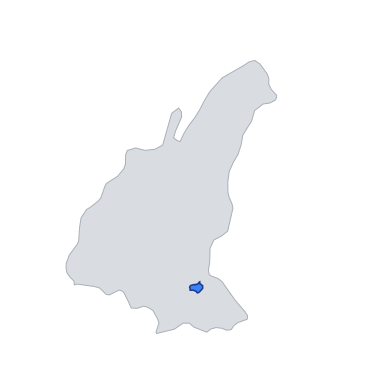 Cristobal, Independencia, Dominican Republic shown in context, rotated 290°
{"feature_id": "3306468B18266835565764", "entity_name": "Cristobal", "entity_type": "district", "adm_level": 2, "iso_a3": "DOM", "parent_name": "Dominican Republic", "parent_adm1": "Independencia", "projection": "mercator", "projection_center": [-71.278, 18.34], "detail": "fine", "context": "in_parent", "style": "filled", "palette": "blue", "viewbox_px": 384, "rotation_deg": 290, "n_neighbors": 0, "source": "geoboundaries", "source_scale": "gbopen_adm2", "svg_char_len": 3267}
<svg xmlns="http://www.w3.org/2000/svg" viewBox="0 0 384 384"><g transform="rotate(290 192 192)"><path d="M65.3,253.8L65.7,240.0L67.8,234.4L65.8,228.6L57.0,222.3L51.7,214.3L46.9,207.1L48.0,206.1L57.5,205.8L60.9,203.1L67.3,195.8L68.6,189.9L68.1,185.5L63.9,180.2L62.2,174.5L67.4,169.6L74.1,162.5L75.1,159.7L74.9,157.0L67.0,149.5L66.5,146.2L70.2,138.0L69.8,132.6L66.2,115.6L64.4,113.1L67.9,111.7L70.2,106.6L73.3,102.1L77.4,99.7L82.0,98.2L91.2,98.3L103.9,102.2L107.5,102.2L119.7,98.6L129.8,96.6L139.4,98.9L143.2,101.9L151.1,106.8L155.0,108.3L167.5,108.2L170.9,108.7L181.3,116.7L190.1,119.9L195.2,120.0L204.3,116.9L208.9,117.0L214.1,123.9L215.1,133.7L219.5,142.6L226.1,148.4L259.0,146.0L266.3,150.7L263.8,154.5L259.1,156.6L243.5,155.7L236.7,156.1L235.3,160.0L235.3,163.6L244.4,164.4L253.4,166.2L262.5,169.1L271.8,171.1L282.2,172.4L292.5,174.4L309.7,181.4L328.7,197.4L333.7,201.0L337.1,206.0L335.5,212.1L328.7,222.2L324.9,225.4L319.3,227.4L315.4,231.5L311.8,238.5L309.5,239.1L306.8,238.8L302.3,234.8L299.0,228.7L289.9,223.0L279.0,223.7L263.0,220.3L253.3,222.0L243.5,222.4L233.6,220.6L223.6,220.0L213.7,222.2L204.0,225.9L200.4,228.2L194.2,233.9L190.9,236.0L167.4,238.9L160.6,234.7L154.4,229.0L145.3,228.2L132.2,232.6L124.0,234.2L120.7,236.2L119.7,238.3L119.6,246.3L117.8,251.2L105.0,269.6L97.8,282.5L94.8,286.5L91.4,287.4L85.1,279.9L81.1,277.2L76.1,275.9L74.0,271.9L74.1,266.3L72.8,260.9L69.7,256.6L65.3,253.8Z" fill="#d9dde1" stroke="#a8b0b8" stroke-width="1"/><path d="M99.1,223.8L99.1,224.0L99.2,224.3L99.3,224.4L99.3,224.6L99.5,225.0L99.5,225.3L99.6,225.5L99.8,225.9L99.9,226.1L100.0,226.4L100.0,226.7L100.0,226.8L100.2,227.1L100.2,227.3L100.2,227.6L100.2,228.2L100.2,228.4L100.2,228.6L100.1,228.8L99.9,229.1L99.9,229.3L100.0,229.5L100.0,229.9L100.0,230.1L99.9,230.3L99.6,230.6L99.4,230.7L99.3,230.9L99.2,231.0L99.1,231.3L99.1,231.5L99.1,231.9L99.3,232.0L99.6,232.3L100.0,232.8L100.3,233.0L100.5,233.1L100.9,233.3L101.2,233.4L101.4,233.5L101.7,233.7L101.8,233.7L102.0,233.8L102.3,233.9L102.7,234.0L102.8,234.0L103.1,234.2L103.3,234.3L103.5,234.4L103.7,234.5L104.0,234.6L104.3,234.7L104.5,234.7L104.7,234.9L104.8,234.9L105.0,234.9L105.4,235.0L105.6,234.9L105.9,234.7L106.1,234.6L106.5,234.4L106.8,234.2L107.3,234.2L107.5,234.2L107.6,233.8L107.7,233.5L107.8,233.4L107.8,233.1L108.0,232.8L108.0,232.7L108.1,232.4L108.2,232.1L108.3,231.9L108.5,231.7L108.4,231.4L108.3,231.2L108.3,230.9L108.5,230.7L109.0,230.5L109.2,230.4L109.4,230.3L109.5,230.3L109.8,230.2L110.3,230.0L110.2,229.9L109.7,229.6L109.3,229.5L109.2,229.5L109.0,229.4L108.9,229.3L108.4,229.3L108.3,229.2L108.2,229.2L107.8,229.0L107.7,229.0L107.6,228.9L107.4,228.7L107.3,228.3L107.3,228.2L107.0,228.1L106.9,228.1L106.7,228.0L106.7,227.9L106.5,227.7L106.4,227.5L106.4,227.4L106.4,226.9L106.2,226.7L105.9,226.5L105.8,226.3L105.7,226.3L105.7,226.2L105.8,225.8L105.8,225.7L105.7,225.6L105.5,225.3L105.4,225.1L105.2,224.9L105.1,224.6L105.0,224.4L104.7,224.1L104.6,223.9L104.4,223.6L104.1,223.2L103.6,222.7L103.3,222.5L103.2,222.5L103.1,222.4L102.8,222.4L102.5,222.4L102.2,222.4L101.8,222.4L101.6,222.4L101.5,222.5L101.4,222.5L101.2,222.7L101.1,222.9L101.0,223.0L100.9,223.1L100.5,223.3L100.3,223.3L100.1,223.4L99.7,223.5L99.3,223.7L99.2,223.8L99.1,223.8Z" fill="#3b82f6" stroke="#1e3a8a" stroke-width="1.5"/></g></svg>